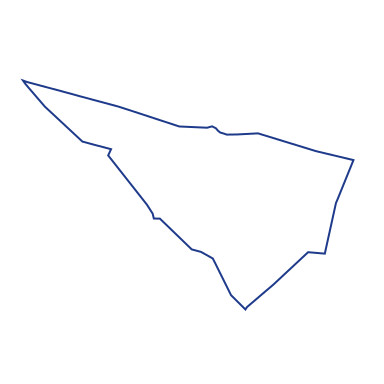 Caldeirão Grande, Bahia, Brazil (Natural Earth projection), rotated 177°
{"feature_id": "56859067B57700973719818", "entity_name": "Caldeirão Grande", "entity_type": "district", "adm_level": 2, "iso_a3": "BRA", "parent_name": "Brazil", "parent_adm1": "Bahia", "projection": "natural_earth1", "projection_center": [-40.178, -11.037], "detail": "fine", "context": "isolated", "style": "outline", "palette": "blue", "viewbox_px": 384, "rotation_deg": 177, "n_neighbors": 0, "source": "geoboundaries", "source_scale": "gbopen_adm2", "svg_char_len": 695}
<svg xmlns="http://www.w3.org/2000/svg" viewBox="0 0 384 384"><g transform="rotate(177 192 192)"><path d="M354.9,312.1L353.0,309.1L350.5,305.7L334.5,285.0L298.8,248.1L286.3,244.0L270.6,239.0L273.8,232.9L237.6,181.6L232.4,172.4L231.5,167.5L225.5,167.1L212.5,153.2L195.3,134.7L186.1,131.7L174.7,124.5L172.4,119.3L158.4,86.9L144.8,71.9L143.1,74.2L124.6,88.4L115.8,95.1L79.2,125.8L62.6,123.5L48.8,173.5L47.3,176.5L29.1,215.4L66.0,226.3L123.0,247.1L143.9,247.1L154.3,247.5L157.2,248.7L160.7,249.9L163.0,252.0L164.8,254.4L168.5,256.5L173.6,255.4L201.3,258.1L218.1,264.6L253.3,278.2L260.9,281.1L299.0,293.5L306.1,295.9L350.7,310.4L354.9,312.1Z" fill="none" stroke="#1e3a8a" stroke-width="2"/></g></svg>